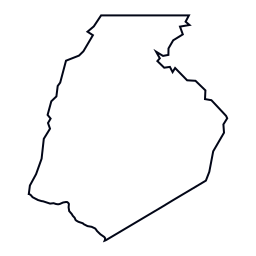 outline of Frederick, Maryland, United States of America
{"feature_id": "52423323B20560007602633", "entity_name": "Frederick", "entity_type": "district", "adm_level": 2, "iso_a3": "USA", "parent_name": "United States of America", "parent_adm1": "Maryland", "projection": "mercator", "projection_center": [-77.438, 39.47], "detail": "fine", "context": "isolated", "style": "outline", "palette": "ink", "viewbox_px": 256, "rotation_deg": 0, "n_neighbors": 0, "source": "geoboundaries", "source_scale": "gbopen_adm2", "svg_char_len": 1204}
<svg xmlns="http://www.w3.org/2000/svg" viewBox="0 0 256 256"><path d="M188.9,15.4L180.9,15.4L179.7,15.4L104.5,15.4L101.1,15.4L93.8,26.4L87.5,31.7L92.9,35.2L83.4,51.3L79.0,55.6L66.0,60.7L60.2,82.6L57.7,86.0L56.4,96.4L51.3,101.3L47.6,114.9L50.6,118.6L48.0,123.0L50.0,128.7L43.8,138.8L41.6,158.7L36.1,174.1L29.9,185.5L28.8,194.0L29.2,194.0L30.8,195.1L32.6,197.2L37.9,200.0L41.6,201.1L43.1,201.3L50.1,203.6L53.6,203.2L56.0,204.0L58.1,204.3L59.7,204.0L63.1,202.5L66.0,202.0L67.2,202.1L67.5,202.3L68.4,203.1L68.9,204.0L68.6,207.3L69.2,211.1L71.9,214.2L72.7,215.7L74.5,217.6L75.0,218.5L75.4,219.7L76.3,220.6L78.4,221.8L82.6,223.2L83.1,223.5L83.6,224.1L87.5,226.1L91.6,226.8L95.0,228.4L95.7,229.1L97.1,231.1L100.4,234.3L104.3,237.0L105.0,238.0L105.1,238.5L105.0,239.9L104.7,240.6L106.2,240.0L165.0,205.1L165.6,204.7L173.0,200.2L205.6,180.8L205.9,180.6L209.3,171.8L213.2,151.3L224.0,132.7L223.4,124.4L227.2,118.3L226.1,115.9L211.4,100.2L205.0,99.1L205.4,90.4L195.5,80.8L187.1,80.3L175.1,68.0L172.6,72.1L169.9,66.9L164.2,67.7L157.4,61.1L159.8,58.3L156.1,51.7L163.0,55.9L168.4,54.9L168.5,48.4L173.2,40.3L182.8,34.4L180.0,26.6L189.5,25.0L185.6,21.7L188.9,15.4Z" fill="none" stroke="#020617" stroke-width="2"/></svg>